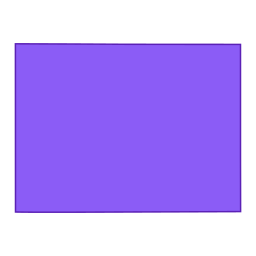 Steele, Minnesota, United States of America, rotated 90°
{"feature_id": "52423323B73087717945589", "entity_name": "Steele", "entity_type": "district", "adm_level": 2, "iso_a3": "USA", "parent_name": "United States of America", "parent_adm1": "Minnesota", "projection": "orthographic", "projection_center": [-93.185, 44.022], "detail": "fine", "context": "isolated", "style": "filled", "palette": "violet", "viewbox_px": 256, "rotation_deg": 90, "n_neighbors": 0, "source": "geoboundaries", "source_scale": "gbopen_adm2", "svg_char_len": 318}
<svg xmlns="http://www.w3.org/2000/svg" viewBox="0 0 256 256"><g transform="rotate(90 128 128)"><path d="M212.0,240.5L212.1,234.4L212.2,221.4L212.2,184.1L211.6,15.4L157.7,15.5L100.1,15.5L44.4,15.5L44.3,128.3L44.0,184.4L43.8,240.6L210.3,240.5L212.0,240.5Z" fill="#8b5cf6" stroke="#5b21b6" stroke-width="1.5"/></g></svg>